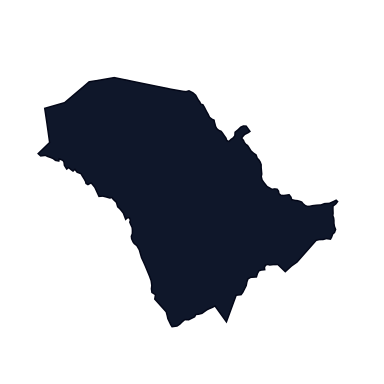 outline of Lavras da Mangabeira, Ceará, Brazil, rotated 74°
{"feature_id": "56859067B7831807077473", "entity_name": "Lavras da Mangabeira", "entity_type": "district", "adm_level": 2, "iso_a3": "BRA", "parent_name": "Brazil", "parent_adm1": "Ceará", "projection": "mercator", "projection_center": [-38.979, -6.765], "detail": "fine", "context": "isolated", "style": "filled", "palette": "ink", "viewbox_px": 384, "rotation_deg": 74, "n_neighbors": 0, "source": "geoboundaries", "source_scale": "gbopen_adm2", "svg_char_len": 2804}
<svg xmlns="http://www.w3.org/2000/svg" viewBox="0 0 384 384"><g transform="rotate(74 192 192)"><path d="M284.7,257.3L300.1,249.8L304.2,249.9L307.1,250.1L313.7,249.0L316.0,248.3L316.7,243.3L315.6,240.0L314.3,237.7L312.7,234.2L313.9,230.4L312.7,223.9L310.8,222.1L311.3,219.3L311.4,215.9L309.4,210.3L309.0,208.3L308.5,204.1L307.9,201.3L326.3,194.7L303.4,178.0L304.2,173.1L302.4,170.8L296.9,165.7L293.5,164.0L290.9,162.1L290.2,159.1L291.4,153.5L288.3,151.5L286.2,149.4L286.1,147.0L286.7,143.5L284.5,143.2L282.6,141.5L282.5,139.2L283.6,137.4L284.1,134.2L285.4,129.4L294.3,124.3L290.5,116.7L288.3,110.4L272.7,86.0L272.8,82.9L273.8,79.0L273.8,75.7L275.5,71.9L273.8,70.2L271.2,68.4L270.2,66.2L267.6,64.3L264.3,64.6L261.2,64.2L258.4,63.4L255.9,63.0L253.6,63.2L251.5,62.3L247.1,61.2L244.4,60.4L243.1,57.1L241.3,54.7L239.6,55.7L240.1,58.2L240.8,63.0L239.7,67.8L240.0,71.6L239.1,75.6L238.4,79.7L238.2,82.8L237.7,84.9L236.4,86.8L233.9,88.5L231.9,89.3L230.5,91.2L229.3,93.2L228.5,95.3L226.8,98.3L224.2,98.3L221.4,99.4L221.0,102.5L220.7,104.5L219.8,107.4L217.5,108.9L215.0,108.6L212.8,109.4L211.8,111.7L211.5,114.4L209.6,116.2L207.4,118.4L205.1,119.3L202.7,120.3L199.8,121.3L196.3,121.2L194.0,120.0L190.3,119.3L187.2,118.7L184.8,118.0L182.0,118.2L179.5,118.9L177.5,120.0L174.0,120.2L171.6,122.2L168.7,124.0L165.1,125.0L162.6,125.8L160.8,127.3L158.6,128.1L156.6,128.3L153.8,129.5L152.4,127.5L151.2,125.6L150.4,121.5L149.7,119.6L143.6,121.8L142.7,124.4L143.1,127.3L144.9,130.6L146.4,134.1L149.8,135.3L151.4,137.6L152.2,140.0L153.6,142.6L152.1,144.4L149.5,144.5L146.7,145.5L143.9,146.4L141.7,147.3L140.0,149.4L137.8,150.8L135.4,151.3L133.0,151.2L131.0,151.2L129.0,151.0L127.5,152.8L125.0,154.6L121.7,155.1L119.3,155.7L116.9,156.2L114.2,156.7L111.1,157.5L110.1,159.3L107.3,159.8L105.3,160.6L103.2,161.1L100.0,161.8L96.9,163.8L95.5,165.3L93.9,167.0L93.9,170.0L92.8,172.8L87.4,183.9L75.4,206.9L74.0,209.6L60.6,235.2L58.6,253.5L57.7,260.5L59.9,265.2L71.0,289.8L71.0,293.4L71.0,305.8L71.0,310.5L85.3,312.4L105.2,315.2L112.7,329.3L115.6,327.5L116.4,322.8L118.2,320.8L119.7,318.6L121.6,316.2L124.0,314.5L125.5,311.5L123.5,310.5L126.1,307.3L128.1,306.8L131.2,307.3L135.4,306.1L134.5,303.8L137.0,302.2L139.1,300.6L137.9,298.3L141.3,297.0L143.8,293.6L146.4,293.0L149.8,292.0L152.6,291.4L154.6,291.5L156.2,290.0L155.4,286.4L160.7,284.1L170.6,282.6L171.3,279.0L173.0,276.0L175.1,272.7L175.3,270.4L177.4,269.7L181.1,267.5L185.8,267.5L188.0,266.1L190.4,265.0L193.4,263.8L200.0,263.3L199.0,261.4L199.4,259.3L202.1,259.0L203.8,260.1L206.1,259.9L209.7,259.3L212.6,259.9L215.6,260.8L217.8,262.5L220.3,262.9L223.8,262.4L225.7,261.7L228.3,259.8L233.0,258.6L241.2,258.6L245.6,257.9L249.9,257.3L261.3,256.0L266.0,255.7L270.8,256.4L273.9,257.7L277.5,258.2L280.6,255.4L284.7,257.3Z" fill="#0f172a" stroke="#020617" stroke-width="1.5"/></g></svg>